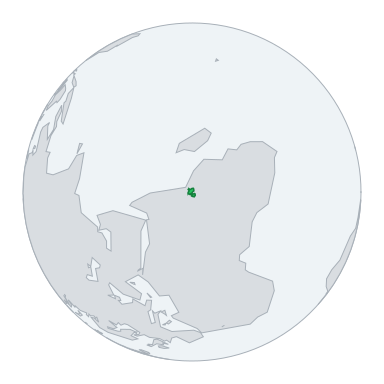 the Earth from above Manyara, rotated 217°
{"feature_id": "TZA-3392", "entity_name": "Manyara", "entity_type": "Region", "adm_level": 1, "iso_a3": "TZA", "parent_name": "United Republic of Tanzania", "parent_adm1": "", "projection": "orthographic", "projection_center": [36.5, -4.726], "detail": "fine", "context": "on_globe", "style": "filled", "palette": "green", "viewbox_px": 384, "rotation_deg": 217, "n_neighbors": 0, "source": "natural_earth", "source_scale": "10m", "svg_char_len": 7840}
<svg xmlns="http://www.w3.org/2000/svg" viewBox="0 0 384 384"><g transform="rotate(217 192 192)"><circle cx="192" cy="192" r="169" fill="#eef3f6" stroke="#a8b0b8"/><path d="M23.6,178.0L23.6,179.1L23.4,186.0L23.2,190.7L23.7,191.5L23.7,194.4L27.9,197.2L32.3,203.7L33.6,214.0L32.9,226.6L39.0,252.1L39.5,261.6L44.2,271.8L52.6,287.2L52.3,287.1L45.5,276.2L39.6,264.9L34.5,253.2L30.3,241.1L27.1,228.8L24.8,216.2L23.4,203.5L23.0,190.7L23.6,178.0ZM56.5,292.9L57.1,293.7L57.6,294.3L56.5,292.9ZM87.1,324.4L86.3,323.8L87.2,324.5L89.0,325.9L88.9,325.9L87.1,324.4ZM235.9,28.9L236.0,28.9L248.6,32.8L260.7,37.7L272.5,43.4L283.8,50.1L294.5,57.7L304.6,66.0L314.0,75.1L322.7,84.9L322.9,85.2L319.2,80.8L321.5,84.0L325.0,88.2L325.8,88.8L329.4,94.2L335.3,102.6L340.3,111.3L345.1,124.4L343.4,127.1L344.2,129.9L341.3,125.7L340.8,130.5L349.0,148.9L350.0,153.9L347.6,161.8L346.9,158.0L339.2,146.9L340.2,158.7L346.2,170.3L348.3,182.9L344.8,178.0L342.4,166.9L339.6,162.7L338.6,152.2L332.9,136.4L329.2,138.3L327.8,132.3L319.5,119.5L313.3,122.1L304.5,136.2L306.1,151.8L301.9,158.3L289.8,134.9L284.8,120.2L280.2,121.2L268.0,108.8L246.3,107.2L243.4,103.5L239.3,105.1L230.7,101.4L226.4,95.7L221.1,96.1L232.7,111.2L238.4,111.1L243.4,105.4L245.6,111.0L253.8,116.2L243.9,129.5L212.0,141.7L209.3,130.1L187.1,100.5L188.0,97.3L188.0,97.0L187.7,96.3L185.3,101.5L181.6,96.1L193.0,116.0L194.7,125.1L211.6,142.4L209.9,144.2L215.5,147.9L233.7,143.7L233.7,147.7L224.8,166.0L199.9,191.9L203.5,209.8L202.2,225.3L187.2,235.9L189.2,248.1L181.6,252.6L181.5,259.6L175.8,267.2L165.9,274.7L148.5,275.5L146.9,269.1L137.4,257.1L124.0,228.2L127.8,214.6L126.0,204.4L113.5,182.9L116.2,170.6L113.0,165.7L106.2,167.5L102.6,161.9L98.5,162.1L74.0,169.3L66.9,162.7L59.6,141.3L64.3,131.6L66.0,121.5L99.5,85.3L105.7,86.1L131.0,80.0L134.0,80.8L130.1,88.0L148.3,95.7L155.4,89.4L172.9,93.8L185.1,93.4L191.2,80.3L171.1,80.4L168.6,74.4L185.5,69.0L203.1,70.0L202.7,67.7L192.4,62.6L197.2,58.9L188.9,60.7L191.7,62.9L186.5,64.3L183.6,62.5L185.5,61.1L180.4,60.2L172.9,67.9L174.9,71.0L161.1,72.9L163.1,78.4L159.1,81.2L154.1,73.0L155.2,70.0L145.2,62.5L142.8,65.7L152.1,73.3L148.8,72.8L145.6,78.1L145.5,73.7L136.0,65.4L124.1,68.5L107.4,82.7L100.7,84.8L95.8,83.2L103.3,70.0L117.4,67.1L120.3,63.2L118.7,58.6L123.1,58.4L124.2,56.4L129.6,55.5L138.5,50.3L144.3,49.3L149.0,43.9L152.6,42.9L148.7,46.2L149.2,48.4L163.5,47.3L166.7,46.1L168.6,42.9L172.3,43.3L172.3,40.4L181.2,39.2L170.4,38.6L172.3,35.6L178.3,33.5L177.0,32.6L167.3,36.3L165.1,37.9L166.4,39.4L158.8,45.0L153.6,46.2L154.2,40.6L146.9,42.1L150.5,37.8L174.6,29.4L184.1,28.2L197.1,31.2L194.3,32.5L188.1,31.9L192.7,34.7L192.8,33.4L195.9,34.0L198.6,32.1L200.9,32.5L199.5,30.2L202.6,30.5L203.4,32.0L210.0,30.2L216.9,30.8L217.3,30.3L215.7,29.5L225.4,31.4L225.3,30.9L222.0,30.1L219.6,28.8L219.2,27.5L222.5,28.2L223.2,28.8L229.6,31.3L230.7,33.2L232.0,33.4L231.9,32.0L224.1,28.8L222.8,27.9L227.0,29.2L225.4,28.6L225.8,28.4L229.4,29.0L225.1,27.6L225.3,26.4L235.9,28.9ZM87.0,102.2L85.9,105.1L87.0,102.2ZM221.4,78.5L232.3,79.6L228.1,71.7L231.9,71.7L229.1,69.2L227.7,71.2L220.9,64.8L225.9,63.0L224.9,60.0L221.2,59.6L213.3,64.0L223.0,72.9L220.2,75.9L221.4,78.5ZM124.8,48.1L126.2,48.8L123.5,51.1L116.3,53.7L120.1,50.3L124.8,48.1ZM128.9,49.5L131.5,44.0L136.1,42.6L133.0,44.2L135.8,43.9L131.7,46.4L133.6,51.1L131.3,53.5L119.2,56.1L124.4,53.7L122.7,52.9L128.9,49.5ZM129.9,37.0L131.1,35.8L139.5,34.1L137.5,35.5L130.1,37.8L128.2,37.6L129.9,37.0ZM172.0,24.2L172.8,24.2L168.0,24.8L168.5,24.7L164.6,25.3L160.8,26.1L158.8,26.5L158.2,26.7L155.6,27.3L154.1,27.8L149.9,28.7L147.8,29.5L147.0,29.5L144.4,30.7L144.5,30.3L141.1,31.4L142.9,31.2L123.8,37.5L115.8,41.2L109.1,44.8L109.4,44.6L121.2,38.6L133.5,33.5L146.1,29.4L158.9,26.3L172.0,24.2ZM138.1,78.0L140.5,78.1L144.5,77.6L142.5,81.2L138.1,78.0ZM131.4,72.4L133.7,71.8L132.9,76.0L130.4,76.1L131.4,72.4ZM135.7,68.1L133.9,71.4L133.4,69.7L135.7,68.1ZM151.0,45.7L153.5,45.1L153.5,45.9L151.8,47.1L151.0,45.7ZM179.2,25.1L177.7,24.9L178.7,24.7L178.7,24.1L182.3,23.9L183.6,24.2L179.2,25.1ZM187.4,82.5L183.5,85.0L181.8,83.8L183.5,83.2L187.4,82.5ZM161.6,82.7L167.2,84.2L161.0,83.7L161.6,82.7ZM183.1,24.7L182.7,24.4L184.7,24.5L183.1,24.7ZM184.9,23.7L187.4,23.8L182.7,23.8L184.9,23.7ZM251.9,310.6L252.7,313.0L250.2,313.0L251.9,310.6ZM231.4,223.2L220.2,250.6L212.1,250.6L210.4,242.4L214.4,225.8L223.8,221.2L228.3,213.8L231.4,223.2ZM357.2,218.2L357.6,219.8L357.4,220.6L357.2,218.2ZM356.9,214.5L357.6,215.7L356.4,216.1L356.9,214.5ZM357.9,216.2L358.6,215.7L358.9,214.8L358.7,216.4L357.9,216.2ZM356.2,213.9L351.0,210.4L348.5,207.1L349.5,204.5L353.6,207.2L356.2,213.9ZM349.2,204.3L344.8,194.3L335.9,168.7L339.1,169.9L347.9,186.3L347.4,188.6L350.1,196.2L349.2,204.3ZM358.4,194.0L357.8,201.3L355.3,198.8L354.0,196.7L353.1,186.6L353.6,182.1L354.9,182.9L357.5,169.4L358.8,174.4L358.5,180.3L359.5,187.5L358.4,194.0ZM306.9,153.3L311.0,163.2L308.4,164.5L306.9,153.3ZM356.9,159.5L357.0,165.3L356.4,157.1L356.9,159.5ZM355.6,151.6L356.5,155.2L355.4,151.3L355.6,151.6ZM345.7,134.4L344.5,134.5L343.7,132.1L344.8,130.7L345.7,134.4ZM344.2,119.0L347.1,125.6L347.9,127.7L345.9,123.3L344.2,119.0ZM213.1,25.6L209.1,26.4L208.6,27.5L212.0,28.8L205.5,27.7L206.3,25.9L213.1,25.6ZM223.8,26.1L223.5,26.0L221.2,25.6L223.8,26.1ZM219.2,25.2L220.9,25.5L215.1,24.7L214.4,24.5L219.2,25.2ZM199.1,23.7L197.6,23.8L196.0,23.6L199.1,23.7ZM334.9,282.1L328.8,287.1L329.0,284.3L332.5,279.6L339.7,263.3L340.0,264.0L344.3,253.5L350.3,247.4L355.8,233.2L355.4,234.8L351.7,247.2L347.0,259.2L341.4,270.9L334.9,282.1ZM359.1,216.9L358.0,221.2L359.1,216.6L359.1,216.8L359.1,216.9ZM360.6,203.1L360.7,201.2L360.7,201.3L360.6,203.1ZM359.9,189.8L360.1,194.8L360.7,193.0L360.2,196.4L360.1,204.9L359.8,207.6L360.0,198.4L359.2,206.8L358.9,206.1L359.2,198.4L359.8,189.9L360.1,186.8L360.9,187.5L359.9,189.8ZM359.9,173.1L360.1,175.4L359.2,168.4L359.1,169.8L358.5,163.2L358.9,165.5L359.9,173.1ZM358.1,161.4L358.1,162.6L357.6,158.6L358.1,161.4ZM357.7,160.4L356.8,156.2L357.2,157.4L357.7,160.4ZM357.9,160.0L358.3,162.0L356.9,155.2L357.4,157.4L357.9,160.0ZM354.5,146.9L356.8,154.9L355.2,150.3L351.4,137.2L351.8,137.6L354.5,146.9Z" fill="#d9dde1" stroke="#a8b0b8" stroke-width="1"/><path d="M193.6,195.4L193.2,195.7L193.1,195.8L192.9,195.7L192.7,195.6L192.4,195.3L192.3,195.2L192.2,195.0L192.0,194.9L191.8,194.8L191.7,194.7L191.5,194.4L191.4,194.3L191.3,194.2L191.2,194.0L191.3,193.9L191.2,193.7L191.3,193.5L191.4,193.4L191.4,193.2L191.6,192.5L191.6,191.9L191.5,191.6L191.5,191.4L191.4,191.3L191.4,190.4L190.7,190.6L190.4,190.9L190.2,190.9L190.1,191.0L190.1,190.9L190.0,191.0L189.9,191.0L189.6,191.3L189.5,191.5L189.4,191.9L189.2,192.3L188.9,192.4L188.7,192.4L188.4,192.3L188.3,192.1L188.1,192.1L188.0,191.9L187.8,191.7L187.7,191.4L187.3,191.1L187.2,191.0L187.3,190.7L187.5,190.4L187.6,190.2L187.4,189.8L187.3,189.6L187.5,189.5L187.6,189.4L187.8,189.4L188.1,189.1L188.3,189.1L188.5,189.0L188.7,188.8L188.8,188.8L189.1,188.8L189.1,189.0L189.3,189.1L189.6,188.9L189.7,188.6L189.8,188.6L189.7,188.9L189.7,189.2L189.8,189.4L189.9,189.2L190.0,189.1L190.2,188.9L190.4,188.8L190.5,188.9L190.6,189.2L191.3,190.2L191.5,190.2L191.8,190.1L192.0,190.1L192.1,189.9L192.0,189.6L192.0,189.2L192.2,188.9L192.3,188.9L192.5,188.8L192.5,188.7L192.8,188.7L192.9,188.8L193.0,188.8L193.0,188.7L193.3,188.6L193.5,188.5L193.6,188.4L193.8,188.3L194.0,188.3L194.0,188.2L194.1,188.3L194.3,188.4L194.4,188.5L194.6,188.9L194.7,189.0L194.8,189.2L194.8,189.3L194.8,189.6L194.9,189.8L195.0,190.1L194.9,190.4L194.9,190.5L194.9,190.8L194.9,191.0L195.0,191.2L195.2,191.3L195.5,191.4L195.7,191.6L195.8,191.6L196.0,191.5L196.3,191.6L196.5,191.7L196.3,191.9L196.3,192.1L196.4,192.4L196.4,192.5L196.5,192.6L196.6,192.8L196.4,192.8L196.3,192.7L196.2,192.7L195.9,192.8L195.7,192.8L195.4,192.7L195.2,192.7L195.0,192.9L194.6,193.4L194.6,193.5L194.5,193.9L194.5,194.1L194.2,194.5L194.1,195.0L193.6,195.4Z" fill="#22c55e" stroke="#15803d" stroke-width="1.5"/></g></svg>